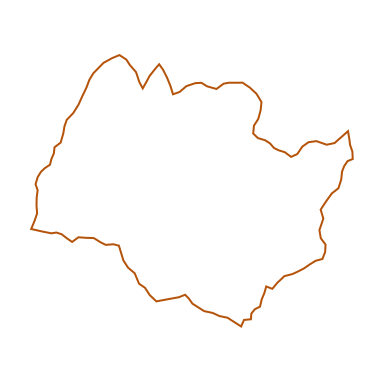 outline of Gastão Vidigal, São Paulo, Brazil, rotated 6°
{"feature_id": "56859067B980429746583", "entity_name": "Gastão Vidigal", "entity_type": "district", "adm_level": 2, "iso_a3": "BRA", "parent_name": "Brazil", "parent_adm1": "São Paulo", "projection": "albers", "projection_center": [-50.2, -20.806], "detail": "fine", "context": "isolated", "style": "outline", "palette": "amber", "viewbox_px": 384, "rotation_deg": 6, "n_neighbors": 0, "source": "geoboundaries", "source_scale": "gbopen_adm2", "svg_char_len": 1729}
<svg xmlns="http://www.w3.org/2000/svg" viewBox="0 0 384 384"><g transform="rotate(6 192 192)"><path d="M105.5,63.4L98.6,67.2L90.5,72.8L81.5,84.2L78.2,91.2L76.2,98.9L72.9,108.2L70.0,117.0L65.6,126.0L59.9,133.3L58.3,140.0L57.9,147.0L56.2,156.6L50.6,161.9L50.6,168.0L48.7,173.9L47.9,179.7L43.0,183.8L39.7,187.7L37.0,193.2L35.6,200.6L38.3,206.4L38.1,213.7L38.8,221.9L40.2,229.5L38.3,237.7L35.9,245.6L46.8,246.9L56.4,247.8L61.3,246.5L66.7,247.6L72.7,251.3L78.0,254.2L83.8,248.9L90.2,248.7L99.2,248.1L106.6,251.7L111.8,253.6L119.2,252.2L124.9,253.0L130.9,267.2L136.3,273.9L143.5,278.8L148.9,288.7L155.3,292.2L160.7,298.9L168.0,304.5L175.7,302.2L190.0,298.0L195.9,294.9L200.0,298.3L204.1,303.0L216.5,309.2L225.2,310.1L232.2,312.5L240.4,313.3L254.9,320.6L257.1,313.8L263.9,312.4L263.7,306.8L266.7,302.1L271.6,298.9L272.6,291.3L274.6,284.6L275.7,278.2L282.0,279.9L286.4,273.3L292.7,266.0L300.5,263.1L305.2,260.3L311.2,256.4L316.7,251.7L322.1,247.5L328.7,245.0L330.7,237.7L330.3,230.3L324.9,224.5L322.7,216.5L324.1,210.5L325.4,204.7L321.8,196.1L326.0,187.9L331.2,178.8L337.2,173.0L339.1,164.2L339.1,156.0L340.7,150.2L343.5,145.0L348.4,142.4L347.3,135.1L344.2,128.4L343.0,123.1L340.8,115.2L328.7,128.4L321.0,130.9L310.4,128.4L302.7,130.3L297.0,135.3L292.7,143.3L286.9,146.7L280.1,142.7L273.5,141.4L268.9,139.6L264.5,135.5L259.3,132.9L251.9,131.5L246.7,127.4L246.7,119.5L250.3,112.3L251.7,103.5L251.7,95.3L246.0,87.7L238.6,82.1L230.9,78.0L217.0,79.5L212.1,81.0L205.5,87.0L195.9,85.3L189.9,82.4L183.9,83.4L175.4,87.3L169.2,93.8L162.9,96.8L159.6,89.1L155.1,80.6L150.3,73.3L146.0,68.4L142.9,72.8L137.7,81.0L135.2,87.1L132.2,94.1L128.2,88.3L123.8,78.6L116.9,72.2L112.9,67.2L105.5,63.4Z" fill="none" stroke="#b45309" stroke-width="2"/></g></svg>